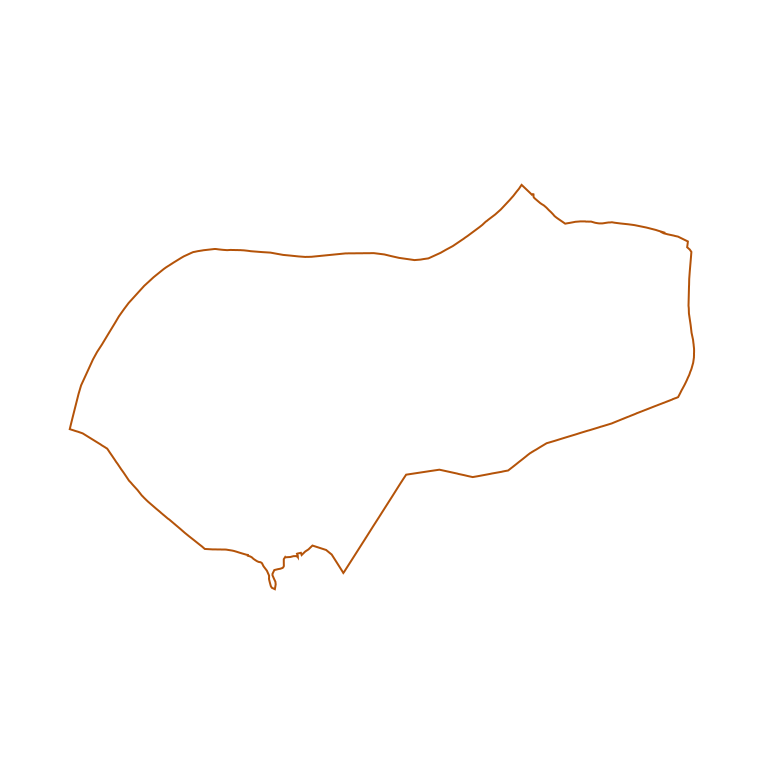 Mook en Middelaar, Limburg, Netherlands (Albers equal-area conic projection), rotated 102°
{"feature_id": "6326949B78257423929264", "entity_name": "Mook en Middelaar", "entity_type": "district", "adm_level": 2, "iso_a3": "NLD", "parent_name": "Netherlands", "parent_adm1": "Limburg", "projection": "albers", "projection_center": [5.901, 51.748], "detail": "fine", "context": "isolated", "style": "outline", "palette": "amber", "viewbox_px": 768, "rotation_deg": 102, "n_neighbors": 0, "source": "geoboundaries", "source_scale": "gbopen_adm2", "svg_char_len": 5489}
<svg xmlns="http://www.w3.org/2000/svg" viewBox="0 0 768 768"><g transform="rotate(102 384 384)"><path d="M160.6,290.8L160.8,290.9L163.5,292.0L164.8,292.5L165.8,293.0L168.3,294.3L173.1,296.6L175.9,298.2L177.7,299.2L184.5,303.3L189.1,306.1L195.1,310.5L201.8,316.3L203.1,317.3L204.0,318.2L206.6,320.0L207.8,320.8L210.8,323.3L214.2,326.3L218.5,330.1L221.8,333.0L224.1,335.2L225.5,336.4L226.7,337.6L231.7,342.4L234.8,345.4L239.8,351.3L243.9,355.9L251.9,366.7L253.5,371.1L254.7,374.1L256.5,380.1L256.5,380.8L257.5,395.5L257.4,403.9L257.2,410.6L258.1,421.1L264.2,448.6L274.7,481.6L276.1,487.6L277.0,494.2L277.9,502.6L278.7,509.5L278.9,515.6L279.1,522.6L279.2,523.1L280.3,530.5L281.8,541.9L282.0,544.8L282.4,548.9L282.7,550.8L282.9,552.2L283.7,556.3L284.8,562.1L285.7,565.3L286.3,569.8L286.7,573.7L286.9,576.3L287.2,577.9L290.8,588.7L291.0,589.1L292.8,593.8L293.6,595.6L294.1,596.7L294.6,598.0L295.8,599.7L298.5,603.3L300.8,606.4L302.7,608.5L308.8,614.9L315.2,621.4L317.4,623.4L324.9,629.5L327.5,631.6L337.9,639.0L357.8,650.6L364.9,653.9L373.0,657.4L380.2,659.8L390.7,663.5L404.0,668.1L412.3,671.3L420.6,673.8L430.5,676.0L448.3,680.0L457.1,680.7L480.8,681.6L486.6,681.8L493.5,682.0L493.9,677.8L493.9,677.6L494.0,677.2L494.2,674.9L494.3,673.5L494.9,668.8L494.9,668.6L497.7,660.8L502.1,648.5L502.6,647.4L503.5,644.8L503.7,644.2L504.6,641.9L504.7,641.4L506.4,639.6L507.8,638.2L511.3,634.5L512.1,633.7L514.0,631.7L515.1,630.6L515.9,629.8L516.0,629.7L517.4,628.1L521.8,623.6L524.7,620.4L527.5,617.5L531.7,613.2L531.9,612.8L532.4,612.1L533.6,610.4L533.8,610.2L534.4,609.4L534.7,609.0L536.0,607.2L539.0,603.0L539.6,602.3L543.1,598.1L543.6,597.5L543.9,596.9L544.9,595.5L547.2,591.9L547.8,590.9L548.3,590.1L548.7,589.3L548.9,589.0L553.3,581.0L556.0,575.9L556.5,575.1L560.7,567.2L561.1,566.1L565.2,558.5L568.1,553.1L570.5,548.8L571.1,547.7L573.3,543.4L576.1,537.7L579.2,531.5L579.4,531.1L580.7,528.4L582.6,525.0L582.4,523.7L581.5,517.8L578.8,504.1L578.7,501.8L578.5,498.1L578.5,497.0L578.5,496.5L578.5,496.2L578.7,493.5L579.0,490.6L579.6,483.1L579.5,481.6L580.3,481.5L580.5,479.0L581.0,477.3L582.2,475.3L583.2,472.8L583.8,471.1L584.1,469.5L584.0,467.7L584.4,466.6L584.6,466.2L584.9,465.9L585.1,465.7L585.6,465.4L586.0,465.0L586.4,464.7L586.7,464.5L587.0,464.2L587.3,464.0L591.0,459.7L595.3,456.6L597.5,456.1L598.5,456.0L599.4,455.6L601.5,454.6L605.2,452.7L606.6,451.4L607.4,448.1L604.5,448.2L602.4,448.3L601.3,448.7L600.0,449.1L597.8,450.8L594.3,453.3L592.9,453.6L588.8,452.6L587.2,449.3L586.2,446.9L585.2,445.3L585.1,445.1L584.4,444.5L584.1,444.4L583.6,444.3L582.9,444.1L579.5,444.9L576.2,445.6L573.9,444.7L574.0,444.6L573.9,444.0L572.7,439.7L571.2,436.7L570.5,433.8L570.8,433.6L570.9,432.6L571.2,432.3L570.0,432.6L569.2,433.1L568.1,433.8L567.9,433.5L566.4,430.2L568.4,429.0L564.2,426.2L561.5,423.5L559.1,421.9L556.9,420.4L557.6,413.6L558.4,406.0L558.6,405.7L561.2,400.7L561.6,399.8L568.3,393.2L572.5,389.1L576.2,385.5L577.3,384.5L576.5,384.1L558.4,377.3L543.4,371.7L538.9,370.0L538.7,370.0L538.6,369.9L525.6,365.1L521.1,363.4L516.1,361.5L509.9,359.2L492.0,352.5L482.2,348.9L476.3,346.7L475.6,346.4L474.8,346.1L473.7,345.7L468.1,343.5L460.7,323.8L459.0,319.3L458.9,319.0L456.3,312.0L456.3,310.1L456.4,293.6L456.5,292.4L456.5,286.6L456.6,282.7L456.6,277.9L454.9,273.6L450.7,263.5L449.6,260.9L449.1,259.8L448.3,257.8L445.3,250.4L445.1,250.1L444.1,247.8L442.8,244.6L435.3,238.3L432.1,235.7L428.3,232.5L424.4,229.3L424.2,229.2L421.4,226.8L421.1,226.5L420.2,225.5L419.6,225.0L419.5,224.8L419.1,224.4L418.9,224.1L418.7,224.0L416.3,221.3L413.5,218.4L408.3,212.8L408.1,212.6L407.0,210.5L403.9,204.8L400.8,199.3L398.3,194.8L393.4,185.9L391.0,181.7L387.3,175.0L386.6,173.6L381.9,165.1L381.2,163.9L380.5,162.7L380.4,162.4L378.3,158.6L375.7,153.9L375.2,153.0L375.0,152.7L374.9,152.6L372.1,148.5L366.3,139.9L360.7,131.5L360.1,130.8L359.9,130.5L359.9,130.4L359.5,129.8L349.7,114.9L339.2,98.8L338.7,98.3L338.5,97.9L337.5,96.4L337.2,95.8L335.7,93.6L331.8,92.5L329.1,91.8L328.6,91.7L326.4,91.0L325.0,90.6L323.0,90.0L320.3,89.3L317.4,88.6L315.9,88.3L314.4,88.0L314.0,87.9L312.0,87.4L309.9,87.1L308.7,87.0L306.6,86.6L305.2,86.4L303.6,86.3L298.9,86.0L295.9,86.2L293.2,86.4L292.9,86.5L291.9,86.7L291.5,86.7L289.4,87.2L289.1,87.2L287.0,87.6L284.9,88.1L283.7,88.5L281.9,89.1L281.2,89.3L280.8,89.4L279.8,89.8L276.5,90.9L270.0,93.8L262.6,96.3L251.6,100.4L246.3,101.7L244.2,102.4L224.9,106.0L223.6,106.2L217.8,107.3L214.9,107.7L209.7,108.4L196.2,110.1L190.9,110.8L188.9,112.9L187.2,115.9L183.3,116.2L181.4,116.4L178.7,127.1L178.7,129.9L178.6,131.4L178.6,131.8L178.6,132.1L178.6,132.5L178.6,133.7L178.6,135.8L178.6,137.4L178.6,137.9L178.5,139.1L178.5,139.5L178.5,140.0L178.4,141.8L178.3,142.2L177.7,140.3L177.0,148.3L176.8,150.1L176.4,159.9L176.5,171.7L176.6,173.4L177.0,178.4L177.8,186.0L178.3,192.0L178.4,194.7L179.1,196.8L179.3,197.9L180.4,200.9L181.0,202.4L181.6,204.1L182.2,207.2L182.3,208.5L182.4,211.0L182.1,215.1L182.4,216.6L182.6,217.2L182.7,218.3L182.9,219.0L183.2,220.3L183.1,220.8L184.1,225.7L184.6,227.3L185.4,230.0L185.5,230.4L186.4,232.5L187.9,236.1L188.7,238.2L189.5,240.1L189.1,241.1L189.0,241.3L185.8,249.0L185.1,250.5L184.7,251.3L184.3,252.0L183.8,252.8L183.3,253.3L182.6,254.3L181.1,256.5L179.6,259.0L177.7,261.8L177.0,263.1L176.2,264.5L175.7,265.8L175.3,267.0L174.6,268.7L173.8,270.2L172.5,272.6L171.3,274.8L170.7,275.8L170.4,276.1L170.1,276.4L169.7,276.7L168.8,276.9L167.9,277.1L167.4,277.2L167.3,277.8L167.4,278.1L168.1,278.7L166.5,281.2L160.6,290.8Z" fill="none" stroke="#b45309" stroke-width="2"/></g></svg>